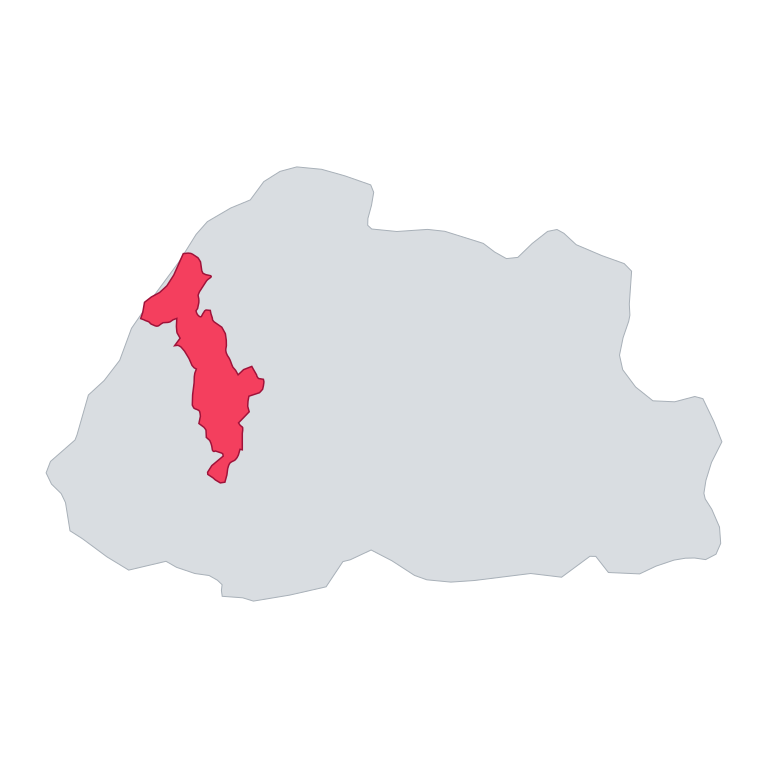 Bhutan, with Thimphu highlighted
{"feature_id": "BTN-2439", "entity_name": "Thimphu", "entity_type": "District", "adm_level": 1, "iso_a3": "BTN", "parent_name": "Bhutan", "parent_adm1": "", "projection": "equal_earth", "projection_center": [89.534, 27.565], "detail": "fine", "context": "in_parent", "style": "filled", "palette": "rose", "viewbox_px": 768, "rotation_deg": 0, "n_neighbors": 0, "source": "natural_earth", "source_scale": "10m", "svg_char_len": 3400}
<svg xmlns="http://www.w3.org/2000/svg" viewBox="0 0 768 768"><path d="M629.9,315.2L628.7,321.3L623.1,337.6L619.5,355.2L622.7,369.7L635.6,387.0L652.9,400.8L674.7,401.8L694.8,396.5L702.9,398.7L714.0,421.8L721.9,441.8L711.5,462.4L705.9,480.5L703.9,493.3L705.2,498.9L711.8,509.3L719.5,527.1L720.7,543.4L716.0,554.2L705.6,559.6L694.6,558.0L685.4,558.2L674.0,560.1L656.1,566.1L639.6,573.9L608.4,572.5L595.8,556.4L589.9,556.3L561.6,577.2L530.7,573.5L474.4,580.5L450.9,582.1L426.8,579.8L414.5,575.4L391.8,560.7L371.1,550.0L350.2,559.8L342.9,561.6L326.1,586.8L289.7,595.1L253.4,601.1L242.7,597.8L222.2,596.3L221.4,590.4L222.1,584.7L217.4,580.2L209.1,575.5L194.8,573.5L176.5,567.3L166.0,561.3L128.7,570.1L107.0,556.9L82.4,538.7L70.0,530.8L65.5,502.6L61.2,493.6L51.5,484.1L46.1,472.9L50.5,461.4L75.0,440.0L77.0,434.9L88.4,395.0L104.2,380.5L119.7,360.3L131.5,328.3L154.1,295.5L179.0,261.8L196.1,234.4L207.4,221.6L230.7,208.0L250.3,199.9L263.8,181.6L280.0,171.4L296.8,166.9L321.6,169.3L345.0,175.9L370.7,184.9L373.7,192.3L371.5,205.3L367.9,218.5L367.7,225.3L371.7,229.0L396.8,231.5L427.6,229.4L444.8,231.3L483.3,243.4L494.6,252.0L506.4,258.6L517.8,257.4L532.3,243.4L547.6,231.4L557.0,229.5L563.9,233.3L576.2,244.7L601.6,255.5L624.2,263.6L631.6,271.2L629.3,304.2L629.9,315.2Z" fill="#d9dde1" stroke="#a8b0b8" stroke-width="1"/><path d="M140.7,318.6L142.8,312.2L144.5,302.3L151.3,297.0L159.6,292.5L166.9,285.8L173.8,275.0L183.3,253.6L188.1,253.1L190.8,253.4L192.6,254.2L198.1,257.9L200.5,261.8L201.8,270.8L203.0,273.3L205.7,274.6L210.6,275.7L211.2,276.3L211.0,277.1L209.6,278.3L208.6,278.9L207.5,279.8L206.5,280.9L199.5,291.7L198.6,293.8L198.1,295.3L198.5,297.4L198.8,298.9L198.9,300.7L198.8,302.8L197.6,308.5L196.0,310.8L196.5,312.6L196.8,313.3L197.2,314.1L197.7,314.8L198.2,315.4L198.7,315.9L199.3,316.3L200.0,316.7L200.7,316.8L201.4,316.5L202.8,313.8L204.1,311.8L204.6,310.9L206.0,310.0L210.3,310.4L210.9,313.6L212.3,317.9L212.6,320.0L213.5,321.2L214.3,322.0L221.8,327.2L224.9,332.8L225.4,333.8L226.3,340.4L226.4,345.8L225.8,349.0L225.8,350.8L226.3,353.0L227.4,355.5L229.0,357.9L230.2,360.3L231.8,364.7L232.9,367.2L235.6,370.3L238.1,374.8L243.6,369.6L251.8,366.4L253.2,369.0L256.6,374.9L256.9,376.3L258.0,377.9L258.6,378.5L263.4,379.3L263.9,381.7L263.8,383.1L263.4,385.9L262.6,389.3L259.5,392.7L248.9,396.2L248.0,401.2L247.7,406.3L249.2,411.8L238.5,422.9L240.1,425.2L241.7,426.6L242.3,427.0L242.7,427.7L242.7,430.4L242.3,433.4L242.3,449.8L240.0,449.3L238.4,455.0L237.0,457.7L235.3,459.8L234.1,460.6L231.8,461.7L230.7,462.4L229.7,463.3L228.7,465.3L227.7,468.6L226.9,474.9L224.9,482.2L220.3,482.9L215.3,479.9L213.1,477.9L207.8,474.4L207.6,472.2L211.8,465.6L223.2,456.1L222.8,453.9L221.7,453.1L215.4,451.0L214.0,451.5L213.2,451.2L212.4,450.1L211.8,446.3L211.0,443.4L209.7,440.4L206.3,437.4L206.3,436.5L206.0,430.2L205.3,429.0L204.0,427.3L198.9,423.5L200.4,416.3L200.1,413.5L199.6,411.4L198.8,410.4L196.3,409.2L195.4,409.0L193.8,408.0L192.3,405.1L192.6,394.9L194.1,382.9L194.3,376.6L194.8,373.2L196.4,369.0L194.1,367.8L192.0,365.4L189.0,358.5L184.5,351.1L181.0,347.0L179.1,345.8L177.7,345.3L174.6,345.7L180.1,338.2L177.1,332.9L176.8,331.4L176.5,327.9L176.4,326.2L176.8,318.4L173.0,319.8L170.0,321.9L168.0,322.4L163.1,322.7L160.8,324.1L158.6,325.8L156.9,326.2L155.3,325.9L151.2,324.1L150.5,323.6L149.2,322.1L148.3,321.6L145.3,320.5L144.2,319.9L140.7,318.6Z" fill="#f43f5e" stroke="#9f1239" stroke-width="1.5"/></svg>